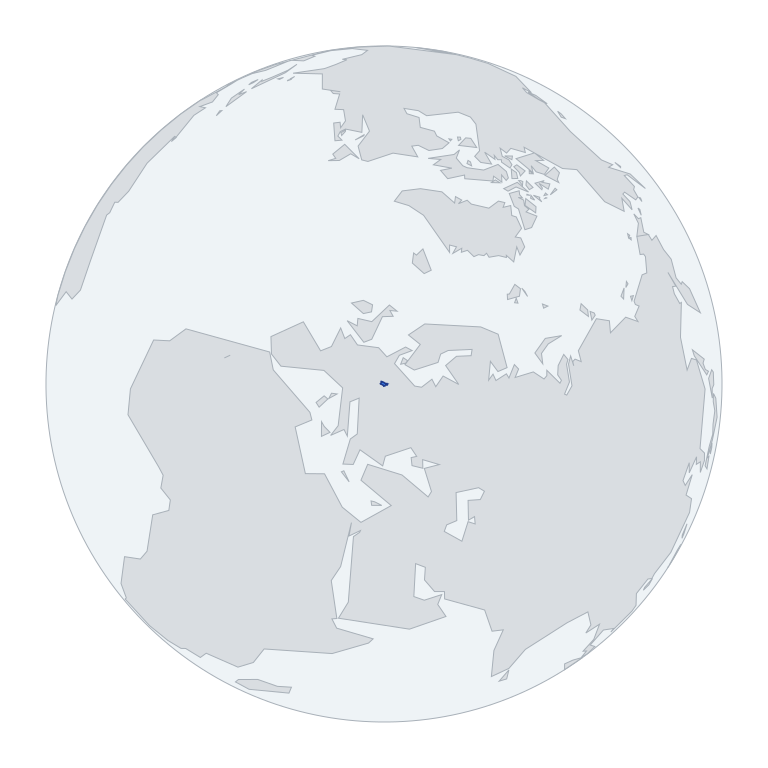 Ústecký highlighted on a globe, orthographic projection, rotated 54°
{"feature_id": "CZE-10368", "entity_name": "Ústecký", "entity_type": "Region", "adm_level": 1, "iso_a3": "CZE", "parent_name": "Czechia", "parent_adm1": "", "projection": "orthographic", "projection_center": [13.915, 50.559], "detail": "fine", "context": "on_globe", "style": "filled", "palette": "blue", "viewbox_px": 768, "rotation_deg": 54, "n_neighbors": 0, "source": "natural_earth", "source_scale": "10m", "svg_char_len": 11909}
<svg xmlns="http://www.w3.org/2000/svg" viewBox="0 0 768 768"><g transform="rotate(54 384 384)"><circle cx="384" cy="384" r="338" fill="#eef3f6" stroke="#a8b0b8"/><path d="M112.7,182.5L114.0,180.8L159.8,132.2L130.9,160.1L147.5,142.7L151.4,138.8L150.4,140.0L170.9,122.8L185.8,111.4L212.6,96.5L235.0,93.5L225.7,97.9L232.1,97.3L244.3,92.0L250.7,88.8L289.4,84.8L330.5,76.4L341.0,70.1L340.7,74.9L358.8,61.4L379.5,57.6L357.6,64.3L356.6,67.1L371.4,65.3L373.5,67.8L381.9,68.7L383.0,72.1L370.2,76.6L370.7,79.1L381.1,77.8L388.9,80.9L373.5,82.4L385.5,88.2L366.2,98.3L323.9,102.0L314.6,112.9L274.8,131.5L279.8,133.6L267.9,142.9L269.2,149.1L261.5,151.4L269.3,154.5L276.1,151.2L281.8,151.6L283.3,155.1L273.6,158.5L271.5,157.2L269.4,160.1L263.9,160.4L267.5,162.2L255.6,166.3L269.3,167.7L261.6,175.5L253.1,176.8L251.5,169.6L227.8,156.9L218.8,157.2L207.7,164.2L192.0,191.8L183.1,195.5L172.8,205.8L178.8,206.6L189.0,199.0L197.7,203.8L209.1,194.6L214.3,195.5L227.1,189.6L227.8,198.4L221.5,210.4L211.0,216.0L207.9,221.7L220.1,223.2L202.5,241.0L194.5,266.2L189.6,270.3L176.3,265.1L170.9,247.1L153.6,243.0L167.4,254.0L155.1,265.3L154.1,271.0L156.3,275.6L162.0,274.7L158.4,280.7L143.3,271.3L146.4,265.7L151.2,268.5L148.5,260.5L138.3,255.4L132.9,262.2L123.3,249.4L119.2,254.3L114.9,254.7L121.9,247.5L109.1,260.5L96.9,251.6L79.1,274.9L93.8,246.9L97.2,235.1L99.9,223.4L96.8,226.9L104.5,208.4L104.4,201.2L94.0,212.5L83.1,231.0L75.6,249.3L78.2,247.3L75.4,259.0L67.1,269.4L60.7,295.4L55.4,308.2L52.1,322.9L51.4,332.5L49.9,348.4L52.5,348.0L55.0,357.0L51.3,369.9L55.6,366.1L54.9,379.9L62.1,407.0L60.6,407.8L66.1,445.9L78.0,477.3L80.7,492.3L78.7,495.0L84.2,505.2L84.3,509.1L111.3,548.4L129.6,574.4L131.9,586.5L122.5,586.9L127.7,603.5L120.6,595.7L105.8,575.8L92.5,554.9L80.8,533.2L70.7,510.6L62.3,487.3L55.6,463.5L50.6,439.2L47.5,414.7L46.1,390.0L46.6,365.2L46.9,364.8L49.9,343.5L50.8,335.1L49.9,335.3L55.8,304.2L61.6,284.4L81.7,233.0L96.1,207.1L112.7,182.5ZM74.2,280.8L67.2,317.7L66.3,303.9L67.3,304.9L70.1,293.8L73.7,277.4L74.2,266.5L74.2,280.8ZM81.9,280.9L82.7,275.5L82.6,279.9L81.9,280.9ZM253.2,87.2L244.3,91.7L232.5,95.9L239.7,91.6L253.2,87.2ZM275.9,81.3L272.3,83.8L265.4,83.2L269.6,81.9L275.9,81.3ZM348.0,65.4L340.4,67.0L347.1,64.7L348.0,65.4ZM382.8,68.2L384.3,67.1L388.0,68.1L382.8,68.2ZM225.9,185.3L226.4,187.4L223.8,187.4L225.9,185.3ZM230.9,180.9L227.4,179.4L229.2,177.1L231.3,178.0L230.9,180.9ZM393.2,74.4L398.7,76.7L390.9,75.1L393.2,74.4ZM234.8,183.4L232.9,173.2L236.3,169.4L247.2,170.0L234.8,183.4ZM400.4,78.5L413.9,84.6L418.4,82.3L413.2,92.7L403.5,83.7L393.2,81.9L399.8,81.0L400.4,78.5ZM277.7,148.7L270.4,152.3L275.1,146.1L277.7,148.7ZM279.3,144.7L285.5,126.4L296.9,123.4L292.5,129.9L306.2,123.7L308.7,131.1L301.8,136.2L293.9,136.6L300.8,139.2L279.3,144.7ZM408.1,97.8L409.5,100.2L405.6,98.6L408.1,97.8ZM284.5,151.3L284.7,147.7L294.6,144.6L295.9,151.4L292.3,150.2L284.5,151.3ZM308.6,118.7L316.2,117.9L320.3,123.6L323.8,124.2L309.8,131.1L308.6,118.7ZM290.8,152.6L296.4,155.0L293.0,159.7L284.9,154.7L290.8,152.6ZM296.7,141.1L301.4,140.1L299.2,142.8L296.7,141.1ZM284.2,178.7L284.3,174.0L289.4,171.9L284.2,178.7ZM298.6,155.5L299.8,153.9L301.8,152.7L304.7,155.2L298.6,155.5ZM313.6,134.8L313.7,137.5L319.6,132.2L322.9,136.6L312.9,140.6L318.6,140.7L319.6,142.1L310.3,143.8L313.6,134.8ZM313.7,154.2L302.2,161.4L300.9,170.3L296.3,172.3L299.2,157.6L313.7,154.2ZM312.6,147.9L312.2,152.2L306.6,152.3L303.4,149.4L312.6,147.9ZM328.7,138.3L326.2,130.5L328.5,130.0L328.7,138.3ZM314.5,156.8L317.2,155.0L315.0,157.4L314.5,156.8ZM325.6,143.8L324.4,141.1L327.0,140.5L325.6,143.8ZM323.8,154.0L320.0,156.2L317.7,154.2L323.8,154.0ZM325.5,149.3L329.4,149.3L319.1,152.2L324.5,148.2L325.5,149.3ZM328.2,143.8L329.4,142.5L328.4,145.0L328.2,143.8ZM334.7,160.7L322.4,164.9L317.3,160.3L329.9,156.8L334.7,160.7ZM238.9,592.0L213.0,544.5L223.1,532.0L223.0,511.8L290.9,457.7L307.5,465.3L363.4,460.6L370.7,463.5L366.5,481.1L410.3,500.3L421.7,484.9L459.1,490.2L482.4,484.0L486.6,449.6L448.3,459.2L439.4,444.4L468.2,422.9L501.3,414.7L498.9,408.8L476.0,401.0L481.7,386.6L467.9,397.2L475.0,402.1L466.5,409.3L459.5,405.3L461.8,400.1L451.3,399.7L443.2,425.4L449.5,433.2L423.1,442.1L431.0,456.2L424.6,464.3L408.7,443.6L408.7,435.0L380.8,412.4L378.4,422.0L404.6,444.3L397.3,443.1L394.2,457.4L390.8,445.6L362.8,419.7L337.7,424.6L309.0,456.9L293.6,457.4L279.2,447.6L286.3,412.7L319.9,415.8L322.8,404.5L313.2,386.1L324.2,389.0L324.4,382.2L336.8,382.5L351.5,367.0L363.7,365.7L366.8,344.8L373.5,341.6L369.8,354.7L373.7,363.5L403.7,360.4L408.7,355.5L408.3,342.4L416.6,343.7L412.3,331.5L428.3,323.8L405.3,323.3L404.2,309.1L412.3,296.9L407.8,292.4L394.6,312.4L393.1,320.6L398.3,327.6L390.5,351.3L380.7,355.7L373.3,331.4L358.7,335.4L359.4,315.7L394.7,272.2L410.8,262.4L443.1,274.8L440.9,284.5L428.2,284.6L442.4,297.1L440.1,290.0L447.0,291.4L447.7,279.0L452.6,279.4L444.9,267.1L451.0,266.3L455.8,274.1L462.0,256.1L474.0,251.6L473.0,247.4L468.6,244.2L486.8,241.2L485.3,238.3L478.7,238.1L471.5,232.3L465.7,221.2L472.3,220.8L475.3,224.7L491.4,232.8L498.3,243.9L500.4,242.7L496.0,233.0L476.3,223.0L471.0,216.5L480.8,219.8L476.8,218.1L476.2,214.8L481.8,211.3L471.3,207.2L456.0,173.8L465.3,164.5L475.7,170.7L472.0,149.2L482.8,141.8L476.7,141.4L470.9,131.8L467.4,133.9L464.0,133.0L447.4,111.0L448.6,106.1L434.6,97.6L431.5,97.6L429.8,100.7L413.2,92.7L418.4,82.3L425.2,82.8L423.8,76.6L439.5,78.8L451.8,78.3L469.8,85.3L478.0,84.9L476.5,82.6L486.5,80.8L512.3,86.2L498.0,91.7L460.6,88.7L476.4,90.4L474.8,93.3L481.7,96.1L492.7,97.4L492.8,95.5L520.5,116.7L550.9,130.6L544.0,120.2L548.2,117.1L576.8,127.2L622.0,166.3L628.2,165.3L634.3,169.8L641.5,180.1L632.9,173.8L632.6,178.6L626.6,173.9L635.3,189.3L627.1,183.3L637.9,198.9L643.1,199.9L638.5,187.9L651.4,204.9L657.5,202.6L667.5,212.3L688.8,250.9L696.4,276.6L698.8,281.6L696.9,285.1L701.9,303.0L711.2,310.2L713.5,317.0L718.0,346.3L716.8,341.8L712.0,351.1L716.4,370.6L720.3,367.7L721.8,377.7L721.2,385.1L719.0,377.1L717.2,380.0L713.9,364.4L705.0,350.8L704.1,367.1L700.5,358.2L688.2,353.0L684.8,376.1L681.8,425.6L687.5,450.1L683.8,469.1L664.2,451.7L653.0,432.0L647.5,441.9L626.0,435.4L593.5,461.3L587.5,457.1L581.6,465.1L566.3,466.4L556.6,458.3L547.9,464.0L573.5,484.8L582.6,478.5L588.3,461.1L593.9,470.1L608.5,470.5L597.3,507.5L546.7,558.5L539.5,541.1L489.5,498.4L489.7,491.0L489.4,490.3L488.7,489.1L486.4,501.6L477.0,491.8L506.2,526.4L512.0,542.2L546.0,560.0L543.4,564.2L553.7,565.8L583.8,542.6L584.5,548.8L571.6,584.4L527.9,636.7L532.5,653.4L527.2,668.6L497.3,686.1L497.3,693.3L481.4,699.9L478.6,703.6L464.4,709.6L441.6,715.7L405.8,719.8L405.6,718.2L390.8,714.0L371.2,695.4L382.4,684.0L380.0,674.0L353.9,648.0L359.8,632.4L352.2,625.0L337.0,625.7L328.0,616.3L318.6,615.0L258.4,609.2L238.9,592.0ZM270.3,491.5L269.1,497.7L269.1,497.8L270.3,491.5ZM538.7,421.9L557.0,413.4L544.8,396.9L550.8,392.5L544.5,388.7L543.8,395.7L527.6,384.4L534.1,374.0L529.8,365.8L523.5,368.4L514.2,389.5L537.3,405.4L534.8,416.1L538.7,421.9ZM62.5,407.7L62.9,413.5L61.4,409.1L62.5,407.7ZM63.7,306.8L63.4,312.7L62.4,317.6L62.1,313.9L63.7,306.8ZM67.5,354.5L68.4,362.0L66.4,356.3L67.5,354.5ZM66.7,323.3L66.7,348.9L63.0,339.4L63.4,323.5L64.5,331.5L66.7,323.3ZM76.9,285.1L76.2,289.5L74.7,290.6L76.9,285.1ZM81.9,284.2L81.7,283.0L83.2,279.5L81.9,284.2ZM156.0,265.8L157.0,266.8L158.1,272.2L155.3,271.1L156.0,265.8ZM176.9,288.8L170.5,297.9L173.1,290.4L167.9,290.3L167.0,274.9L187.2,271.7L178.2,275.6L176.9,288.8ZM171.3,254.3L169.6,263.9L170.6,253.6L171.3,254.3ZM313.2,346.7L318.3,351.7L314.9,359.3L299.4,362.7L304.2,351.5L313.2,346.7ZM326.4,357.2L323.3,333.2L332.8,330.6L328.0,336.0L334.6,336.8L328.6,345.7L340.6,367.6L338.4,375.8L311.1,376.6L321.2,371.5L315.6,366.6L326.4,357.2ZM298.8,282.0L297.6,273.1L319.7,278.9L318.3,286.6L302.8,290.0L295.4,283.0L298.8,282.0ZM254.4,187.3L252.5,184.6L255.2,183.5L259.0,184.9L254.4,187.3ZM283.8,176.6L265.4,198.0L262.3,196.0L255.3,211.8L244.4,212.7L249.3,202.2L235.7,215.2L235.7,206.1L227.4,215.7L239.5,192.4L239.0,185.3L243.7,192.7L253.7,192.0L257.9,189.6L269.5,177.6L273.4,162.7L284.0,160.1L290.4,162.3L291.1,165.5L284.0,166.0L290.0,170.0L280.3,173.2L283.8,176.6ZM359.6,198.2L351.1,196.0L361.5,207.3L351.8,209.4L353.6,210.6L347.5,215.8L343.2,224.5L338.5,224.2L338.9,227.7L334.9,231.5L333.8,236.4L324.9,237.9L322.9,244.0L319.9,241.3L318.8,251.6L315.6,244.7L310.1,249.3L316.1,253.6L270.8,252.8L254.3,259.0L242.2,268.2L238.5,255.8L247.4,239.7L262.6,224.2L279.1,220.5L274.4,216.0L280.9,213.0L281.9,217.8L284.2,208.7L289.8,207.6L303.4,195.8L303.3,183.9L308.3,179.6L311.1,183.8L314.1,176.6L322.8,181.6L326.6,178.8L338.9,181.2L342.2,191.4L346.2,187.5L355.8,189.6L359.6,198.2ZM338.1,161.6L344.2,172.6L342.0,179.3L321.4,172.3L316.8,174.2L303.5,170.7L307.1,161.1L310.6,163.0L314.8,162.6L312.0,165.7L317.3,162.9L322.3,165.5L327.8,164.1L328.3,167.9L338.1,161.6ZM377.8,456.7L383.2,457.3L391.4,456.1L389.6,465.4L377.8,456.7ZM358.4,439.4L363.1,438.2L364.6,450.1L359.0,449.8L358.4,439.4ZM364.5,427.8L363.3,437.2L360.6,431.9L364.5,427.8ZM374.0,353.0L378.9,351.2L379.9,354.2L377.8,358.9L374.0,353.0ZM388.3,234.4L383.8,231.5L384.9,229.7L380.3,219.6L387.1,217.6L392.6,222.8L388.3,234.4ZM480.9,457.2L474.9,465.3L471.0,463.2L473.8,460.8L480.9,457.2ZM430.6,467.5L442.7,469.7L430.0,470.1L430.6,467.5ZM395.0,230.6L392.3,226.6L397.3,228.1L395.0,230.6ZM391.9,215.6L397.6,216.4L387.4,216.2L391.9,215.6ZM578.2,642.6L551.7,672.6L537.7,679.3L537.5,675.5L548.8,659.8L565.9,648.0L574.9,637.1L578.2,642.6ZM721.2,405.8L716.6,402.4L718.4,393.5L721.9,384.0L721.9,385.6L721.2,405.8ZM688.7,451.0L694.7,458.1L692.1,465.5L688.7,451.0ZM699.3,262.4L699.2,262.3L698.5,260.3L699.3,262.4ZM702.1,287.6L703.3,295.4L701.7,292.6L699.1,281.0L702.1,287.6ZM675.2,221.0L681.5,229.5L684.0,233.6L681.5,231.5L675.2,221.0ZM449.3,211.8L448.1,227.6L451.8,238.6L461.0,243.7L447.6,243.7L441.9,226.7L449.3,211.8ZM454.5,178.3L446.4,174.6L450.1,172.2L452.5,172.7L454.5,178.3ZM449.5,178.9L439.3,182.0L434.9,177.3L443.8,175.7L449.5,178.9ZM417.3,205.6L416.5,210.3L412.4,208.8L417.3,205.6ZM697.7,258.3L698.2,259.7L690.8,244.3L688.2,238.1L695.0,251.9L694.7,251.2L697.7,258.3ZM632.5,161.2L628.8,158.9L624.4,153.2L628.2,156.3L632.5,161.2ZM606.6,134.0L622.0,150.9L633.8,165.7L633.6,163.7L642.5,172.6L638.9,172.3L625.5,157.4L617.8,147.5L609.9,141.4L600.1,132.1L591.8,128.0L585.3,123.0L590.5,123.9L606.6,134.0ZM588.4,126.7L570.3,118.1L565.1,110.5L567.9,110.6L578.4,117.6L580.6,121.2L588.4,126.7ZM564.4,114.0L566.3,117.5L543.6,116.4L537.6,114.4L552.1,110.3L554.6,113.6L561.1,115.5L564.4,114.0ZM412.7,99.3L409.8,100.1L410.7,98.1L412.7,99.3ZM462.3,134.5L457.9,133.0L459.1,130.3L462.3,134.5ZM446.4,127.7L448.1,131.6L443.5,127.6L446.4,127.7ZM452.3,140.7L447.4,133.3L456.1,140.2L452.3,140.7Z" fill="#d9dde1" stroke="#a8b0b8" stroke-width="1"/><path d="M385.5,381.2L385.7,381.3L385.8,381.3L386.0,381.3L386.1,381.2L386.1,381.3L386.3,381.4L386.4,381.5L386.5,381.6L386.4,381.7L386.4,381.8L386.6,381.9L386.7,382.0L386.6,382.3L386.4,382.4L386.4,382.5L386.2,382.6L386.0,382.4L386.0,382.5L385.9,382.7L385.9,382.8L385.8,383.0L385.7,383.0L385.6,383.3L385.8,384.0L386.1,384.2L386.1,384.4L386.0,384.5L385.9,384.8L385.7,384.8L385.7,385.0L385.6,385.3L385.5,385.2L385.4,385.3L385.2,385.4L384.8,385.4L384.7,385.4L384.4,385.3L384.3,385.5L384.2,385.6L383.9,385.7L383.9,385.8L383.7,385.9L383.3,386.0L383.2,386.0L382.8,386.2L382.6,386.3L382.4,386.5L382.2,386.7L382.1,386.8L381.9,386.8L381.7,386.8L381.7,386.7L381.5,386.4L381.5,386.2L381.4,386.0L381.4,385.9L381.4,385.7L381.4,385.4L381.2,385.2L380.9,385.2L380.6,385.0L380.4,384.9L380.5,384.8L380.6,384.7L380.6,384.4L380.8,384.4L381.0,384.3L381.3,384.3L381.3,384.2L381.4,383.9L381.5,383.9L381.8,383.8L381.8,383.7L382.0,383.6L382.2,383.8L382.3,383.8L382.3,383.7L382.5,383.5L382.5,383.4L382.5,383.2L382.8,383.1L383.2,383.1L383.4,383.0L383.5,383.0L383.8,383.0L383.9,382.9L383.9,382.7L384.0,382.7L384.4,382.6L385.0,382.3L385.1,382.2L385.3,382.1L385.6,382.1L385.7,381.9L385.4,381.7L385.2,381.5L385.2,381.4L385.3,381.3L385.4,381.2L385.5,381.2Z" fill="#3b82f6" stroke="#1e3a8a" stroke-width="1.5"/></g></svg>